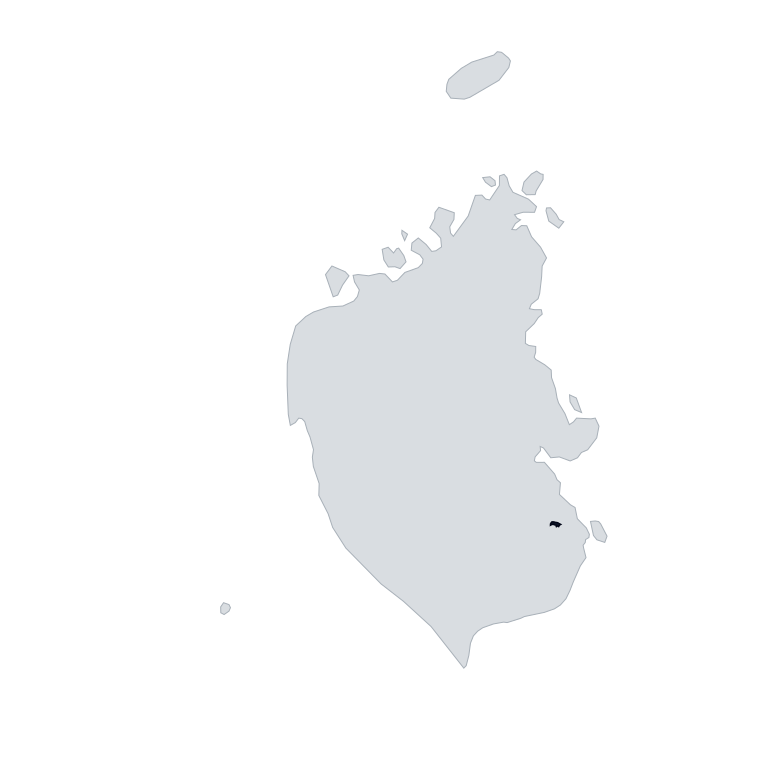 Mapo-gu, Seoul, South Korea shown in context, rotated 166°
{"feature_id": "91817680B14643286354390", "entity_name": "Mapo-gu", "entity_type": "district", "adm_level": 2, "iso_a3": "KOR", "parent_name": "South Korea", "parent_adm1": "Seoul", "projection": "orthographic", "projection_center": [126.921, 37.552], "detail": "fine", "context": "in_parent", "style": "filled", "palette": "ink", "viewbox_px": 768, "rotation_deg": 166, "n_neighbors": 0, "source": "geoboundaries", "source_scale": "gbopen_adm2", "svg_char_len": 3721}
<svg xmlns="http://www.w3.org/2000/svg" viewBox="0 0 768 768"><g transform="rotate(166 384 384)"><path d="M227.1,181.5L229.8,179.4L230.0,176.4L230.0,166.7L237.5,160.0L248.2,146.2L253.5,138.7L259.4,131.6L266.3,126.9L273.0,124.6L283.7,123.6L304.0,124.4L308.0,123.6L322.2,122.7L325.5,124.0L335.8,124.7L347.2,123.6L352.9,121.5L358.2,118.0L362.8,111.6L367.4,100.0L372.4,90.8L375.3,89.0L397.0,137.3L417.6,168.3L435.2,190.7L460.7,234.0L468.5,257.2L469.6,271.7L474.2,291.6L471.0,303.1L472.5,321.1L471.2,330.4L468.3,337.3L468.6,350.4L469.7,357.4L470.0,366.7L472.1,370.3L475.0,371.5L479.4,368.0L484.9,366.5L484.2,377.7L478.3,406.2L473.0,426.9L465.4,445.1L455.6,461.7L443.5,468.4L435.0,470.9L418.6,472.1L405.0,469.6L393.3,471.8L388.6,475.3L385.2,481.2L387.9,490.2L387.7,496.9L382.7,496.5L372.7,492.7L361.6,492.4L356.5,490.5L351.1,481.0L345.9,481.4L336.7,487.2L322.6,488.6L317.6,491.7L315.9,495.7L318.0,500.7L325.2,507.2L322.8,514.0L315.4,517.4L309.4,509.2L305.6,501.1L301.4,500.7L295.0,503.1L293.7,511.8L296.8,517.7L301.8,524.5L294.8,532.4L293.0,538.1L288.0,542.2L274.4,533.2L276.3,526.8L282.2,520.6L282.9,514.3L281.0,510.5L261.7,526.6L249.7,544.9L243.3,543.6L240.7,538.9L236.9,537.0L224.0,548.7L221.6,558.0L216.8,558.4L214.8,554.4L214.6,546.0L212.5,538.8L199.1,528.4L193.1,519.2L196.4,514.2L207.5,517.0L216.4,516.7L214.6,512.4L211.8,510.3L217.7,507.9L222.6,503.0L218.5,501.6L212.3,504.5L207.2,503.0L205.2,491.1L199.0,478.9L195.8,467.0L202.0,460.2L205.2,449.7L211.0,434.3L213.9,429.4L221.8,425.8L224.7,421.9L220.3,419.8L213.4,418.0L213.6,413.5L218.3,411.1L223.6,406.3L233.9,400.4L237.0,389.2L234.1,386.3L227.7,383.7L229.2,378.0L231.8,373.7L230.8,371.1L223.4,363.8L218.4,357.1L219.9,349.6L218.8,338.1L219.5,328.5L219.2,323.3L215.6,311.5L214.0,299.7L209.3,301.4L205.4,304.3L191.6,300.1L187.3,299.8L185.6,291.1L190.6,280.3L202.3,270.9L209.0,269.8L214.1,265.6L222.0,264.3L231.5,270.8L240.0,272.1L244.7,283.3L247.6,285.6L248.2,281.5L255.0,276.7L256.7,273.1L255.2,271.1L247.3,269.2L240.2,255.3L239.3,249.3L236.7,245.5L240.5,234.4L232.4,221.8L228.5,217.9L229.0,206.5L224.8,199.3L222.5,195.4L221.1,188.5L222.3,185.5L226.0,184.3L227.1,181.5ZM197.8,676.6L193.7,679.0L189.9,677.5L188.9,676.4L184.3,670.1L183.2,666.9L186.3,660.9L198.9,650.9L231.4,641.4L237.2,641.0L250.0,645.2L252.8,652.9L250.4,659.6L247.4,664.0L232.6,671.6L221.0,675.1L197.8,676.6ZM414.3,504.3L406.0,511.1L394.5,502.3L391.8,497.4L400.3,490.0L407.4,481.5L412.2,480.9L414.3,504.3ZM354.1,504.4L353.2,515.1L346.9,515.7L343.0,508.8L339.0,512.2L336.9,512.3L333.7,503.8L333.1,497.2L340.5,492.1L345.0,495.1L351.5,496.5L354.1,504.4ZM190.1,552.1L184.4,553.7L181.2,550.0L178.9,548.9L180.2,544.0L189.7,534.5L191.5,531.2L200.1,533.2L203.3,538.3L199.3,546.1L190.1,552.1ZM217.4,186.3L216.9,200.7L212.2,200.0L209.0,198.6L207.6,195.8L204.4,182.4L208.1,176.9L215.1,181.3L217.4,186.3ZM184.9,512.9L183.7,515.5L179.8,514.7L175.9,507.2L174.3,501.2L170.3,497.9L176.7,492.9L184.7,502.2L184.9,512.9ZM207.8,321.6L206.6,328.6L200.8,323.9L199.2,308.5L205.2,313.0L207.8,321.6ZM596.4,207.2L592.6,210.6L587.8,207.5L587.1,204.1L589.4,201.1L594.9,199.0L597.7,201.5L596.4,207.2ZM236.7,555.2L238.3,560.4L231.0,559.4L227.1,554.4L227.7,550.1L232.0,549.5L236.7,555.2ZM330.4,525.4L329.4,528.8L324.9,523.7L329.3,518.1L330.4,525.4Z" fill="#d9dde1" stroke="#a8b0b8" stroke-width="1"/><path d="M246.5,205.0L248.3,206.6L248.9,207.3L249.9,207.8L250.2,207.9L250.8,208.2L251.5,208.4L251.9,208.7L252.3,209.0L253.5,209.4L254.4,209.6L254.6,209.4L255.3,209.0L256.4,207.8L256.3,207.5L256.6,206.7L255.3,207.0L254.2,207.0L253.6,207.0L253.2,207.0L252.8,206.8L252.9,206.2L251.3,205.6L251.3,203.9L251.1,203.8L250.2,204.6L249.0,203.4L248.6,203.9L247.6,204.7L246.5,205.0Z" fill="#0f172a" stroke="#020617" stroke-width="1.5"/></g></svg>